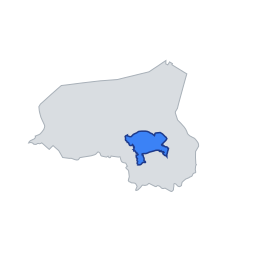 location of Sala ad-Din within Iraq, rotated 134°
{"feature_id": "IRQ-3052", "entity_name": "Sala ad-Din", "entity_type": "Province", "adm_level": 1, "iso_a3": "IRQ", "parent_name": "Iraq", "parent_adm1": "", "projection": "orthographic", "projection_center": [43.888, 34.578], "detail": "fine", "context": "in_parent", "style": "filled", "palette": "blue", "viewbox_px": 256, "rotation_deg": 134, "n_neighbors": 0, "source": "natural_earth", "source_scale": "10m", "svg_char_len": 6501}
<svg xmlns="http://www.w3.org/2000/svg" viewBox="0 0 256 256"><g transform="rotate(134 128 128)"><path d="M106.8,53.4L108.3,53.0L111.1,50.8L112.7,48.6L113.2,48.4L114.7,49.2L115.7,49.4L118.1,48.6L119.5,49.0L120.7,49.6L121.4,49.6L124.6,51.0L125.4,51.1L127.0,51.3L129.5,51.4L131.0,50.5L132.2,49.6L133.0,49.7L133.7,49.9L134.4,50.2L134.9,50.9L135.2,51.8L135.1,54.7L135.3,55.4L135.7,56.0L136.3,56.1L137.0,55.5L138.1,54.5L139.6,53.5L140.6,52.6L141.2,52.3L142.2,52.3L143.2,52.4L143.7,52.9L143.7,53.0L144.2,54.4L145.5,59.5L146.3,60.1L147.1,60.6L147.7,61.4L147.9,62.1L147.9,63.3L147.9,64.7L148.3,65.7L148.7,66.5L149.2,66.9L149.9,66.9L150.7,67.1L151.2,67.9L153.0,73.7L153.2,74.4L153.9,74.7L155.1,74.5L156.3,75.1L157.6,76.0L158.9,77.8L159.7,78.0L162.2,77.7L165.8,77.9L167.4,78.8L167.3,79.4L166.0,80.0L163.8,80.8L163.2,82.1L162.8,83.7L162.9,84.6L163.5,85.6L165.1,87.5L165.2,88.3L165.5,89.3L165.9,89.9L165.6,91.3L164.1,92.2L162.2,93.2L158.5,97.7L158.2,98.7L158.3,101.3L157.9,102.1L156.7,102.1L155.8,101.9L155.7,102.9L155.2,104.1L154.8,105.2L156.3,107.6L156.6,109.0L156.3,110.2L155.1,112.3L154.3,113.7L154.5,114.0L155.5,114.6L158.8,119.1L159.9,120.7L161.2,120.2L161.7,120.3L162.1,120.5L162.4,121.1L162.4,121.7L162.1,122.8L163.8,123.2L164.5,124.2L166.6,127.7L166.5,128.8L165.6,130.5L165.6,131.6L165.8,132.6L166.1,133.0L169.1,133.0L170.4,133.4L173.6,135.2L177.2,137.9L180.1,140.1L182.7,142.0L185.3,141.7L186.0,142.1L186.7,142.7L187.6,144.2L189.2,147.8L190.5,149.0L192.6,151.8L194.6,154.5L193.5,158.2L192.4,162.1L192.6,167.1L192.7,169.7L195.3,169.8L198.1,169.8L198.3,173.0L198.4,176.2L198.6,179.8L199.4,179.9L200.8,180.7L201.4,181.8L202.2,182.4L203.1,182.5L203.9,183.0L204.8,184.1L205.2,184.9L205.0,185.4L205.2,186.4L205.8,187.7L206.6,188.3L207.8,189.1L206.2,189.6L204.6,189.3L201.0,187.9L199.8,187.9L198.4,188.5L198.3,189.1L194.5,187.4L193.2,187.1L192.7,187.1L190.5,187.2L187.5,187.6L185.7,188.4L184.5,189.2L184.0,190.0L183.8,190.4L182.9,192.7L181.8,195.6L180.7,198.2L178.5,201.9L177.3,203.7L174.6,206.9L171.7,207.6L164.9,207.1L157.3,206.6L149.8,206.0L144.2,205.5L143.7,205.4L138.2,200.9L133.8,197.4L128.3,193.0L122.8,188.5L117.2,183.9L113.2,180.6L108.3,176.2L103.9,172.3L100.4,169.2L95.9,166.4L92.4,164.2L87.4,161.0L83.4,158.5L79.9,156.3L74.6,152.9L72.9,151.9L67.4,150.7L62.1,149.5L56.7,148.4L53.1,147.6L55.6,145.4L55.0,143.3L53.2,143.6L51.6,144.0L50.8,140.8L52.0,140.4L51.1,136.2L50.1,131.8L49.2,127.6L48.2,123.3L52.9,120.8L56.4,118.9L61.2,116.3L65.9,113.7L70.3,111.3L75.2,108.6L79.5,106.1L83.4,105.2L84.3,104.4L86.1,101.0L87.7,98.0L87.8,97.3L87.9,93.0L88.3,88.0L88.9,85.3L89.8,83.0L90.7,81.3L90.8,79.7L90.7,78.0L90.0,75.5L89.2,72.9L89.4,70.5L89.6,69.1L90.1,67.0L91.1,65.5L92.1,64.5L95.7,63.6L97.9,63.1L100.8,60.4L102.5,58.8L104.9,56.2L106.7,54.3L106.8,53.7L106.8,53.4Z" fill="#d9dde1" stroke="#a8b0b8" stroke-width="1"/><path d="M140.8,91.6L142.4,93.3L142.7,93.4L143.1,93.5L143.3,93.4L145.1,93.4L145.6,93.5L147.0,94.5L147.2,94.8L147.3,94.9L147.2,94.9L147.2,95.2L147.3,96.6L146.5,97.3L146.0,97.5L145.6,97.7L145.4,97.8L145.3,98.0L145.3,98.3L145.3,98.6L145.1,99.0L144.8,99.3L144.5,99.5L144.3,99.6L143.9,99.7L143.6,99.9L143.4,100.0L143.3,100.3L143.4,100.5L143.5,100.6L143.6,100.8L143.6,101.1L143.3,101.7L143.1,101.9L142.9,102.2L142.6,102.3L142.4,102.6L142.2,102.8L142.1,103.0L141.9,103.2L141.3,102.6L141.1,102.5L140.7,102.4L140.4,102.3L140.3,102.2L140.2,102.2L140.0,102.5L140.0,102.8L140.2,103.5L140.0,103.9L140.0,104.0L140.2,104.3L139.9,104.4L139.7,104.6L139.8,104.7L139.8,104.8L140.0,104.9L140.1,105.0L140.0,105.3L139.9,105.4L139.9,105.5L140.0,105.7L140.0,105.9L139.9,106.2L139.7,106.6L139.6,106.8L139.6,107.0L139.9,107.3L140.0,107.4L140.3,107.7L140.1,107.8L140.1,108.2L140.1,108.3L139.9,108.4L139.8,108.5L139.8,108.9L139.8,109.0L139.7,108.9L139.4,108.9L139.2,109.0L138.9,109.1L138.6,109.5L138.5,109.8L138.4,109.9L138.4,109.7L138.2,109.8L138.1,110.0L137.8,110.1L137.6,110.1L137.6,110.3L137.7,110.8L137.4,110.9L137.2,110.9L137.2,111.0L137.3,111.3L137.3,111.6L137.2,111.6L136.9,111.9L137.0,112.1L136.9,112.5L136.7,113.0L136.7,113.3L136.8,113.3L137.0,113.2L137.5,113.2L137.9,113.2L138.1,113.3L138.9,114.0L139.1,114.3L139.2,114.5L139.2,114.9L139.2,115.3L139.1,115.6L138.6,116.5L138.3,117.3L138.3,117.5L138.3,117.8L138.4,118.0L138.5,118.1L138.8,118.4L138.9,118.5L138.6,119.0L138.3,120.1L138.5,120.6L138.5,121.1L138.3,121.6L137.7,122.1L137.4,122.3L137.1,122.7L136.8,123.0L136.0,124.2L134.8,124.1L134.2,123.8L133.6,123.6L134.2,123.2L133.7,122.4L133.2,121.1L132.9,120.6L132.6,120.3L132.1,119.8L131.6,119.7L128.9,119.7L127.4,119.2L125.5,118.4L123.8,118.1L122.9,117.8L120.7,115.9L118.2,113.3L117.1,111.8L116.3,109.8L116.2,108.8L115.9,107.7L115.5,107.1L115.4,106.6L115.3,105.4L115.1,103.7L113.1,104.8L112.6,104.7L112.0,104.3L108.9,101.7L108.3,99.0L108.4,94.8L108.2,94.5L108.7,92.6L110.5,92.2L116.1,92.3L116.7,92.2L116.8,92.1L116.8,91.9L116.8,91.7L116.9,91.4L116.8,91.2L116.7,90.9L116.4,90.9L116.5,90.8L116.5,90.7L116.4,90.7L116.2,90.5L116.2,90.4L116.1,90.2L115.9,90.0L115.8,89.8L115.9,89.5L115.9,89.4L115.9,89.2L116.0,89.1L115.9,89.0L115.8,88.9L115.6,88.4L115.6,88.1L115.5,87.9L115.2,87.7L114.7,87.0L114.7,86.9L114.6,86.6L114.5,86.4L114.5,86.2L114.6,85.9L114.8,85.7L114.8,85.4L114.6,85.0L114.5,84.8L114.6,84.7L114.8,84.5L115.0,84.5L115.0,84.4L115.5,84.2L116.1,83.8L116.3,83.7L116.7,83.6L118.6,82.4L119.6,81.9L119.9,81.7L120.2,81.6L120.4,81.5L120.7,81.1L120.8,80.9L121.0,80.8L121.4,80.7L121.5,80.3L121.6,80.2L121.5,80.7L121.5,80.8L121.4,80.9L121.4,81.0L121.5,81.0L121.7,81.4L121.8,81.7L121.7,81.8L121.7,82.0L121.8,82.1L122.0,82.2L122.1,82.3L122.2,82.5L122.2,82.8L122.3,84.3L122.3,84.6L122.2,84.8L122.2,85.1L122.0,85.3L121.7,85.4L121.4,85.9L121.2,85.8L121.1,85.7L121.0,85.4L120.9,85.2L120.6,85.1L120.5,85.4L120.6,85.6L120.6,85.8L120.5,86.0L120.6,86.3L120.8,86.5L121.2,87.0L121.4,87.1L121.8,87.3L122.0,87.5L122.1,87.8L121.9,88.0L122.0,88.0L122.0,88.5L121.9,88.6L122.6,88.8L122.9,89.0L122.9,89.4L122.7,89.5L122.4,89.6L122.3,89.8L122.4,90.0L122.5,90.2L122.7,90.4L122.8,90.5L123.8,91.7L124.1,92.0L124.5,92.2L124.7,92.4L124.9,92.6L125.3,92.8L126.5,93.4L130.6,95.9L131.8,96.3L133.1,96.9L134.1,97.5L135.4,98.9L136.6,99.8L137.0,99.8L137.3,99.4L137.4,99.2L137.2,99.2L137.1,98.9L137.1,98.6L137.1,98.3L137.2,98.2L137.4,97.9L137.5,97.8L137.5,97.7L137.8,97.2L138.0,97.1L138.1,96.9L138.2,96.7L138.3,96.4L138.3,96.2L138.4,95.9L138.6,95.5L138.9,95.2L139.3,94.7L139.6,94.5L139.8,94.3L140.3,94.0L140.4,93.8L140.4,93.5L140.1,92.7L140.2,92.1L140.3,91.9L140.4,91.7L140.6,91.6L140.8,91.6Z" fill="#3b82f6" stroke="#1e3a8a" stroke-width="1.5"/></g></svg>